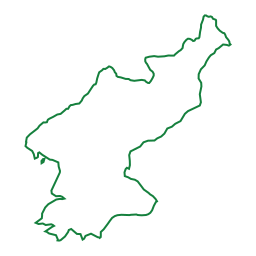 SVG path tracing the border of North Korea
{"feature_id": "PRK", "entity_name": "North Korea", "entity_type": "country or territory", "adm_level": 0, "iso_a3": "PRK", "parent_name": "Asia", "parent_adm1": "", "projection": "equal_earth", "projection_center": [127.346, 40.359], "detail": "fine", "context": "isolated", "style": "outline", "palette": "green", "viewbox_px": 256, "rotation_deg": 0, "n_neighbors": 0, "source": "natural_earth", "source_scale": "50m", "svg_char_len": 3000}
<svg xmlns="http://www.w3.org/2000/svg" viewBox="0 0 256 256"><path d="M157.0,201.3L155.9,202.0L153.9,205.7L152.1,210.3L150.3,212.8L148.3,214.2L146.0,215.0L141.6,215.3L137.7,215.0L136.4,214.5L130.9,214.8L129.4,215.1L121.5,214.8L117.4,215.2L114.8,216.1L112.1,217.9L109.9,220.8L107.8,223.8L103.7,229.3L100.8,232.0L100.8,235.9L100.7,237.1L99.7,237.9L99.4,237.5L97.7,237.2L91.0,233.7L85.5,235.9L84.1,238.7L82.6,239.6L80.5,234.1L76.9,233.9L71.2,229.0L68.8,230.0L68.1,232.0L65.0,236.5L60.6,240.2L59.1,240.6L57.5,240.4L57.8,239.4L56.0,235.2L49.1,233.5L46.7,231.8L45.4,231.4L52.2,226.8L54.0,225.9L52.7,224.9L51.2,224.3L45.7,225.0L42.8,223.5L38.6,224.0L35.7,222.8L41.8,218.3L42.1,215.6L42.1,213.6L45.2,207.5L48.3,204.2L56.3,199.5L59.8,198.9L62.3,199.1L64.4,198.6L62.2,196.8L60.1,196.0L56.0,196.2L51.8,193.5L51.4,190.6L59.8,172.6L60.0,171.0L58.7,166.6L58.3,162.4L52.5,159.9L49.8,159.6L42.3,154.8L39.3,152.4L38.1,153.1L37.9,157.0L36.8,157.8L34.8,158.6L33.8,154.2L32.2,151.0L27.3,147.8L25.5,146.1L26.4,142.2L26.0,141.9L26.8,137.6L30.0,134.3L37.6,128.4L39.5,125.7L43.4,122.4L45.1,122.5L46.9,122.2L47.4,120.8L47.9,119.7L49.4,118.7L53.1,116.9L57.3,114.5L60.6,113.9L64.7,110.4L66.4,108.8L68.1,108.8L68.5,108.1L69.5,106.3L70.8,105.1L72.6,104.9L75.6,104.0L79.3,103.5L81.8,100.5L82.7,98.4L84.3,96.1L87.9,93.6L90.3,89.9L93.0,85.8L94.3,84.5L95.6,84.3L96.3,82.7L97.2,78.4L98.5,74.3L99.2,72.3L102.3,70.1L103.1,69.1L103.8,68.8L105.2,69.0L107.2,67.8L109.0,66.4L110.6,66.9L112.3,68.0L114.1,70.3L114.8,72.2L116.2,73.7L116.5,75.9L117.9,76.9L120.8,77.4L125.6,78.9L128.7,79.0L130.5,80.2L134.3,80.8L141.7,79.9L144.8,80.4L146.1,81.8L147.9,82.9L149.2,83.0L150.8,81.1L152.6,78.0L153.7,75.6L153.7,73.7L152.6,71.7L150.2,69.8L148.6,66.9L147.0,63.9L146.1,62.9L145.3,61.4L145.2,59.2L145.7,57.7L149.4,56.7L154.2,56.1L158.0,56.7L164.4,56.3L168.4,55.5L171.3,55.6L174.0,55.6L175.2,54.3L178.9,51.2L180.7,50.1L182.6,48.0L182.9,45.8L183.3,44.0L184.4,42.1L186.4,39.8L188.0,38.7L189.9,38.9L191.9,39.9L193.1,41.0L194.5,40.7L195.7,38.9L196.4,38.5L198.7,38.3L199.4,37.2L200.1,31.8L201.0,27.6L201.1,24.6L203.0,19.7L203.6,16.7L204.8,15.4L206.2,15.5L207.3,16.3L208.8,16.8L210.7,16.4L212.1,17.1L212.9,18.7L215.8,19.8L216.1,20.6L216.1,25.9L217.7,28.4L219.8,30.7L222.7,32.8L224.3,33.2L225.2,34.7L226.1,37.2L228.2,39.7L229.3,41.5L229.6,43.4L230.5,44.5L228.9,45.6L226.7,44.9L223.1,44.5L218.6,48.2L216.1,49.5L214.3,53.1L210.8,55.2L208.9,57.5L206.4,61.5L204.7,65.4L200.9,69.3L198.7,74.2L198.6,78.5L201.2,82.8L201.4,86.5L199.8,94.2L200.9,102.3L199.8,105.5L188.0,111.1L184.9,113.8L180.5,121.1L175.2,123.8L171.9,126.7L167.3,128.5L164.4,133.6L161.2,136.5L157.3,138.3L154.5,140.5L148.0,140.7L143.5,142.3L140.2,146.5L130.5,151.4L129.2,155.1L129.8,160.8L129.9,165.2L129.0,168.8L126.9,167.8L125.7,169.0L124.5,172.3L124.8,176.1L128.2,177.3L130.9,178.9L134.8,179.7L137.7,181.4L143.8,189.5L148.7,193.0L150.0,194.3L152.9,196.1L155.5,198.9L157.0,201.3ZM43.5,162.0L41.6,163.2L41.5,161.0L43.0,159.1L44.4,158.9L43.5,162.0Z" fill="none" stroke="#15803d" stroke-width="2"/></svg>